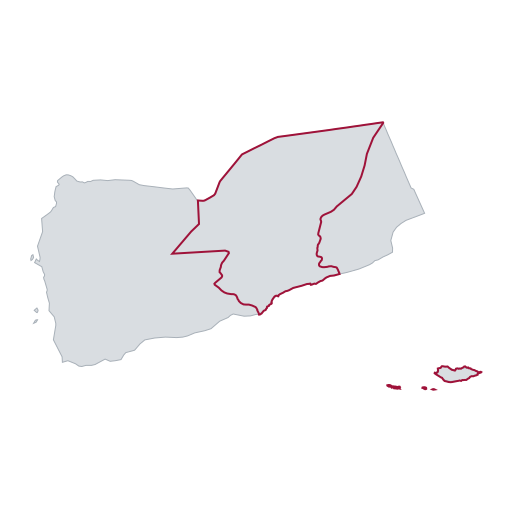 Hadramawt on a map of Yemen (orthographic projection)
{"feature_id": "YEM-3497", "entity_name": "Hadramawt", "entity_type": "Governorate", "adm_level": 1, "iso_a3": "YEM", "parent_name": "Yemen", "parent_adm1": "", "projection": "orthographic", "projection_center": [51.058, 15.554], "detail": "fine", "context": "in_parent", "style": "outline", "palette": "rose", "viewbox_px": 512, "rotation_deg": 0, "n_neighbors": 0, "source": "natural_earth", "source_scale": "10m", "svg_char_len": 7466}
<svg xmlns="http://www.w3.org/2000/svg" viewBox="0 0 512 512"><path d="M424.6,213.3L405.9,220.4L401.0,223.5L396.5,227.3L393.1,232.1L390.8,240.5L392.6,248.1L392.5,252.2L387.6,254.9L383.1,256.9L378.0,259.9L374.9,260.6L372.4,263.0L369.5,264.7L359.0,269.0L347.4,272.3L329.1,276.3L322.0,280.6L315.5,283.6L305.7,284.4L292.2,288.4L284.7,291.7L275.4,296.9L273.3,298.6L271.6,302.6L268.7,305.9L263.1,311.5L258.8,314.3L256.0,314.4L250.5,315.9L244.1,316.2L233.2,314.0L230.4,315.4L228.1,317.5L219.7,321.2L211.0,328.7L204.8,330.7L194.7,332.9L187.6,335.9L182.8,337.1L176.7,337.6L165.4,337.1L154.7,338.0L144.8,339.9L140.0,343.9L134.6,350.2L125.8,352.6L123.8,354.9L121.0,359.6L115.3,360.7L110.2,361.3L105.1,359.1L95.1,364.5L91.4,365.4L85.8,365.4L81.8,366.5L78.9,366.1L75.4,363.7L67.9,360.7L62.4,362.3L62.1,356.8L53.4,339.8L55.8,325.4L55.8,323.4L54.2,316.8L49.0,310.7L49.4,303.2L47.8,297.8L46.5,292.2L47.1,290.8L47.2,289.5L44.7,280.9L43.9,279.1L43.6,277.3L44.5,276.0L44.6,274.4L43.2,271.8L41.8,266.7L34.6,262.6L36.3,259.0L37.6,260.3L39.5,261.5L40.0,259.1L40.1,257.4L37.5,246.2L42.6,231.7L41.6,218.5L48.7,213.4L50.6,211.9L51.6,210.5L53.4,207.5L55.6,206.6L56.5,203.5L56.5,201.9L55.2,200.5L54.2,196.7L54.8,192.1L55.2,190.1L56.1,186.6L58.6,185.3L59.2,184.3L57.4,182.0L57.6,180.6L61.9,177.0L63.5,175.9L66.2,174.8L68.3,174.9L70.7,175.7L72.8,176.8L74.8,178.8L76.9,181.1L80.2,182.0L82.5,181.9L84.3,182.9L85.9,182.4L87.8,181.4L90.6,181.5L93.2,180.3L100.6,179.9L107.7,180.6L115.1,179.7L122.5,180.0L129.9,180.3L131.6,180.5L133.2,181.2L139.3,184.7L144.1,185.6L153.6,186.7L163.9,188.0L172.7,189.0L180.2,188.4L186.5,187.9L188.2,188.0L190.0,190.1L193.7,195.4L197.1,200.3L203.4,200.7L207.4,198.9L211.9,196.4L214.6,194.5L217.8,186.6L219.9,181.5L224.6,175.8L228.6,171.0L233.8,164.7L236.7,161.2L242.3,154.2L247.7,151.6L258.0,146.4L268.1,141.4L274.7,138.1L280.2,136.6L289.5,135.4L300.5,133.9L311.5,132.4L323.1,130.8L336.1,129.0L345.1,127.7L356.4,126.1L365.9,124.7L374.3,123.5L382.9,122.3L384.5,126.1L386.2,130.0L387.8,133.9L389.5,137.8L391.2,141.6L392.8,145.5L394.5,149.4L396.1,153.3L397.8,157.1L399.5,161.0L401.1,164.9L402.8,168.8L404.5,172.6L406.1,176.5L407.8,180.4L409.5,184.3L411.1,188.0L413.8,189.3L415.4,192.9L417.7,198.0L420.0,203.1L422.3,208.2L424.6,213.3ZM451.8,369.1L454.1,369.6L457.6,368.2L467.8,367.8L480.2,372.0L477.9,373.2L476.5,374.7L471.1,376.2L465.8,379.7L450.2,381.5L445.6,380.6L441.8,377.5L434.8,373.3L437.6,370.6L438.1,369.4L439.1,368.2L443.1,366.2L447.0,366.4L451.8,369.1ZM37.7,311.8L37.1,312.6L36.5,312.4L34.2,310.3L36.9,308.0L38.1,310.2L37.7,311.8ZM32.2,259.7L31.0,260.5L30.7,259.0L31.6,255.6L32.9,254.7L33.6,257.3L33.0,258.6L32.2,259.7ZM36.1,322.2L33.6,323.3L35.4,320.2L37.2,319.7L37.6,319.8L36.1,322.2Z" fill="#d9dde1" stroke="#a8b0b8" stroke-width="1"/><path d="M382.9,122.3L383.2,122.9L373.2,137.8L366.9,153.9L364.6,165.5L361.2,176.6L356.6,186.8L351.8,194.0L336.8,206.4L333.9,209.8L330.9,211.8L324.4,214.6L322.8,215.5L321.9,216.3L321.1,217.3L320.5,218.8L320.5,219.7L320.9,220.5L321.2,221.9L318.3,233.2L318.2,234.6L318.8,235.4L319.3,235.9L320.1,236.4L320.5,237.4L320.7,238.8L319.3,242.7L318.7,243.8L318.0,244.5L317.7,245.9L317.7,246.9L317.3,248.0L317.4,249.0L317.5,250.0L317.5,250.7L317.2,251.5L316.9,252.5L316.6,254.0L316.9,255.4L317.6,256.3L318.7,256.6L319.8,256.7L321.4,257.2L321.7,257.6L322.0,258.3L321.8,259.9L321.4,260.5L320.8,261.0L320.1,262.2L319.5,262.9L319.1,263.6L319.0,264.3L319.0,265.0L319.2,265.6L319.8,266.3L322.1,267.1L324.0,267.2L326.9,266.9L327.9,266.7L328.7,266.4L331.3,266.2L333.7,266.9L335.8,267.2L336.7,267.6L337.3,268.6L337.7,269.4L338.1,270.1L338.4,271.1L338.8,271.8L339.0,272.5L339.4,273.1L339.4,273.8L339.5,274.0L334.1,275.5L330.1,275.9L326.5,277.4L325.5,278.0L322.7,280.4L322.1,280.7L320.6,281.0L318.4,282.2L316.0,283.9L315.4,283.9L314.7,283.6L313.8,283.8L312.2,284.5L311.5,284.7L311.2,284.8L310.8,284.8L310.6,284.0L310.3,283.6L310.0,283.6L309.4,283.8L307.0,284.0L301.6,285.8L293.3,287.9L288.9,290.3L287.3,290.9L285.6,291.2L284.8,291.6L283.3,292.6L280.1,294.1L278.7,295.1L278.3,296.3L278.0,296.3L277.4,295.9L276.7,295.7L275.8,295.8L275.0,296.2L274.4,296.7L272.5,299.4L271.8,300.8L271.4,302.4L271.7,302.6L271.8,303.0L271.7,303.5L271.1,304.0L269.5,304.7L269.2,304.9L269.0,305.8L268.4,306.2L267.8,306.3L267.1,306.6L267.0,306.9L266.9,307.2L266.9,308.1L266.7,308.3L266.5,308.5L266.2,308.7L265.8,309.8L265.2,310.2L263.7,310.8L261.5,313.6L260.7,314.0L260.1,314.4L259.8,314.6L259.6,314.6L259.3,314.5L259.0,314.5L259.0,314.2L258.9,313.7L258.6,312.9L257.6,311.0L257.3,310.4L257.3,309.7L256.9,309.0L256.4,308.1L255.6,307.1L252.1,305.5L248.9,304.6L246.0,304.6L243.5,304.4L240.8,303.0L238.9,301.1L238.4,300.0L237.5,298.8L237.2,297.5L236.4,296.0L235.7,295.1L234.7,294.6L233.8,294.2L231.0,294.1L227.2,293.5L224.3,292.4L221.4,290.4L218.8,287.7L214.7,284.7L214.4,283.7L215.3,282.7L221.5,277.5L222.1,276.4L222.1,275.3L220.5,273.1L219.6,272.2L219.6,271.2L219.7,270.1L220.9,266.8L220.9,265.9L221.3,264.5L222.2,262.6L223.9,260.7L228.9,253.1L228.5,251.8L225.1,250.6L172.3,253.7L191.2,231.5L199.0,224.0L197.9,200.5L202.8,200.8L204.0,200.7L205.1,200.3L209.8,197.7L214.0,195.2L215.2,193.7L217.8,186.9L219.6,182.1L220.3,180.9L224.0,176.4L229.6,169.6L235.6,162.3L239.0,158.1L241.9,154.5L242.8,154.0L247.6,151.6L253.9,148.4L261.1,144.9L267.4,141.7L272.8,139.0L274.4,138.2L277.9,136.9L282.6,136.3L288.6,135.5L294.5,134.7L300.4,133.9L306.3,133.1L312.2,132.3L318.1,131.5L324.0,130.7L329.9,129.9L335.8,129.0L341.7,128.2L347.6,127.4L353.5,126.5L359.4,125.7L365.3,124.8L371.2,124.0L377.1,123.1L382.9,122.3ZM478.6,372.4L479.6,372.2L480.4,371.8L480.8,371.8L481.3,372.1L480.8,372.6L479.7,372.9L478.9,373.2L478.2,373.3L477.7,373.6L477.7,374.7L476.1,375.4L474.8,375.7L473.3,376.3L471.6,376.2L470.2,376.8L469.9,377.1L469.2,378.1L468.8,378.3L467.8,378.8L466.7,379.7L466.2,380.0L465.1,379.9L463.3,380.1L462.7,380.0L462.0,380.2L461.2,380.9L460.3,380.7L459.7,380.5L458.6,380.8L456.9,381.1L452.4,382.0L450.7,382.2L448.5,382.0L446.4,381.4L444.6,381.0L443.8,380.2L443.2,379.5L442.6,378.7L442.1,377.8L441.1,377.5L439.5,376.5L435.5,374.0L434.6,373.2L434.8,372.7L435.8,373.0L436.6,372.9L437.4,372.4L437.6,372.2L437.7,371.9L438.0,371.2L438.1,370.8L437.8,368.5L438.4,368.3L439.0,368.2L440.6,367.9L441.0,367.3L441.4,366.7L441.7,366.3L442.5,366.2L444.5,366.6L445.8,366.7L446.7,366.6L447.6,366.5L449.1,367.9L451.8,369.8L453.5,370.2L454.9,370.6L455.7,369.6L456.0,368.7L457.1,368.4L457.8,368.5L458.5,368.8L459.7,368.6L461.0,368.7L462.4,367.8L462.9,367.6L463.8,367.0L464.2,366.5L465.2,366.4L465.7,366.9L466.3,367.3L467.1,367.8L467.7,367.7L468.1,367.4L468.3,367.5L468.7,367.9L469.0,368.3L469.7,368.3L470.6,368.4L471.0,369.0L471.6,369.3L472.9,369.8L474.4,370.1L476.0,371.0L476.8,371.2L478.6,372.4ZM395.9,386.6L397.0,387.1L399.1,386.6L399.7,386.7L399.9,387.1L399.4,387.3L399.0,387.7L399.3,387.9L399.7,388.6L398.6,388.4L398.1,388.5L397.5,388.7L395.7,388.4L394.0,388.3L393.8,388.0L393.4,387.4L393.2,387.4L392.9,387.4L392.1,387.6L391.7,387.7L391.1,386.9L391.1,386.7L390.8,386.8L390.1,386.5L389.6,386.6L389.1,386.7L388.9,386.5L388.7,386.4L387.5,385.8L387.3,385.3L387.9,385.1L388.4,385.0L389.4,385.0L390.5,385.3L391.7,386.1L392.5,386.4L393.1,386.3L394.2,386.5L395.9,386.6ZM424.9,387.4L425.5,387.4L426.1,387.8L426.2,388.4L426.2,388.9L425.7,389.1L425.1,389.2L424.0,388.7L423.2,388.1L422.4,387.9L422.5,387.5L423.1,387.3L423.6,387.4L424.0,387.2L424.4,387.2L424.9,387.4ZM432.4,389.4L433.1,389.1L433.8,389.1L434.3,389.3L434.7,389.5L433.5,389.7L432.9,389.6L432.4,389.4Z" fill="none" stroke="#9f1239" stroke-width="2"/></svg>